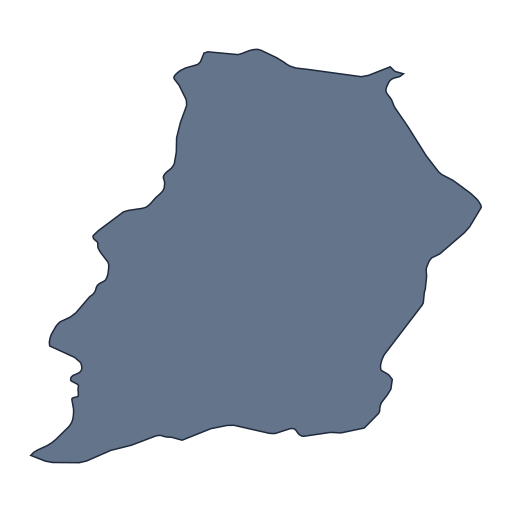 an SVG outline of Samangan
{"feature_id": "AFG-1773", "entity_name": "Samangan", "entity_type": "Province", "adm_level": 1, "iso_a3": "AFG", "parent_name": "Afghanistan", "parent_adm1": "", "projection": "robinson", "projection_center": [67.514, 36.0], "detail": "fine", "context": "isolated", "style": "filled", "palette": "slate", "viewbox_px": 512, "rotation_deg": 0, "n_neighbors": 0, "source": "natural_earth", "source_scale": "10m", "svg_char_len": 2722}
<svg xmlns="http://www.w3.org/2000/svg" viewBox="0 0 512 512"><path d="M257.5,49.3L261.3,50.4L276.4,57.6L284.6,62.6L286.2,63.9L289.7,66.0L295.8,68.0L308.6,69.5L361.3,76.7L368.7,75.3L390.2,66.8L394.9,71.4L403.5,73.8L399.7,76.6L393.6,78.2L391.4,79.4L389.7,80.9L388.6,82.7L386.6,86.9L385.9,89.8L386.1,91.7L386.9,93.5L390.6,98.3L391.8,100.3L393.7,105.3L395.0,107.8L407.9,126.6L426.3,155.9L438.7,171.9L441.7,174.5L452.9,180.3L470.6,193.3L477.1,199.4L478.7,201.5L480.7,204.8L481.3,207.4L469.6,226.8L464.4,232.7L439.8,253.9L431.8,257.8L430.1,259.8L428.8,261.9L427.0,266.3L426.4,268.2L426.2,270.2L426.5,274.6L426.6,276.6L425.3,288.9L424.3,292.6L423.3,302.8L422.2,305.0L384.1,354.9L382.1,359.3L380.8,363.7L380.6,365.8L380.5,367.3L381.0,370.2L387.8,374.2L389.1,375.3L392.3,379.4L390.9,389.1L387.4,394.9L381.5,402.5L380.3,405.5L379.8,408.3L379.6,411.3L378.7,413.3L364.3,428.0L341.0,432.9L330.3,432.4L303.8,436.3L301.7,436.0L299.5,434.8L298.1,433.4L295.9,430.3L294.6,429.1L292.6,428.5L290.0,428.7L275.5,433.4L272.7,433.6L269.2,433.3L234.0,425.3L227.3,425.4L210.8,428.7L182.1,440.2L171.7,437.3L166.4,437.0L163.1,436.2L161.6,435.6L159.3,435.4L156.2,435.8L131.4,445.2L110.7,450.4L86.6,461.0L79.2,462.7L52.5,462.5L45.2,461.1L30.7,455.4L33.9,452.2L38.1,449.7L46.6,445.9L51.6,442.9L56.1,439.2L68.7,426.8L70.3,424.7L71.6,422.5L72.5,420.1L73.1,417.4L73.5,413.8L73.6,411.0L73.5,408.7L72.0,400.5L71.9,399.2L72.0,398.6L72.5,398.1L73.4,397.7L77.1,396.8L77.9,396.5L78.2,395.6L78.4,394.3L78.0,390.1L78.1,388.5L78.5,385.8L78.1,385.0L77.2,384.1L71.3,381.1L70.6,380.0L70.8,377.9L71.8,376.5L73.1,375.4L78.1,373.3L79.6,372.3L80.6,371.3L81.3,370.3L81.6,369.4L81.8,368.6L81.8,367.6L81.7,366.4L80.8,362.8L74.8,357.5L49.7,346.0L49.3,342.5L49.7,339.9L50.3,337.2L51.4,334.2L55.9,326.4L57.8,324.0L60.3,321.7L70.2,317.1L75.8,312.9L85.9,301.1L89.5,296.9L92.8,294.4L94.2,292.8L95.4,290.7L96.3,287.5L97.4,285.3L99.5,283.5L103.8,281.3L105.5,280.0L106.9,277.3L108.0,273.7L108.7,267.5L108.7,264.6L108.0,262.2L100.8,252.8L99.1,250.1L98.1,248.0L97.9,247.3L97.8,244.0L97.6,242.7L97.2,241.8L96.5,241.3L94.9,240.0L93.9,239.0L93.3,238.0L93.1,236.9L93.0,236.2L93.1,235.7L98.4,230.6L123.4,211.9L128.4,210.4L142.4,208.3L146.2,207.2L148.3,205.6L150.9,203.2L155.4,198.0L160.9,193.0L162.7,191.0L164.0,188.6L164.6,184.3L164.6,182.2L164.1,180.1L163.6,178.6L163.3,177.6L163.6,176.0L164.7,174.1L167.1,171.6L171.3,168.3L173.1,165.8L174.3,163.7L176.3,152.1L176.6,137.8L180.4,122.5L186.6,105.6L186.5,102.2L186.2,99.7L179.1,85.3L174.5,79.3L174.1,78.5L173.9,77.8L173.9,77.0L174.4,76.2L175.2,74.9L177.6,72.6L180.2,70.6L185.5,68.0L197.6,64.5L200.4,61.9L204.0,53.1L207.8,51.8L238.0,54.6L241.6,53.6L249.3,50.6L253.3,49.6L257.5,49.3Z" fill="#64748b" stroke="#1e293b" stroke-width="1.5"/></svg>